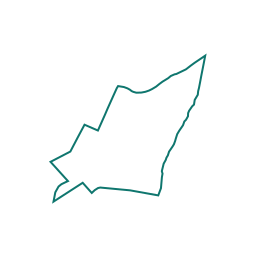 the district of São Pedro do Paraná, Paraná, Brazil, rotated 25°
{"feature_id": "56859067B21029400594343", "entity_name": "São Pedro do Paraná", "entity_type": "district", "adm_level": 2, "iso_a3": "BRA", "parent_name": "Brazil", "parent_adm1": "Paraná", "projection": "equal_earth", "projection_center": [-53.17, -22.776], "detail": "fine", "context": "isolated", "style": "outline", "palette": "teal", "viewbox_px": 256, "rotation_deg": 25, "n_neighbors": 0, "source": "geoboundaries", "source_scale": "gbopen_adm2", "svg_char_len": 1052}
<svg xmlns="http://www.w3.org/2000/svg" viewBox="0 0 256 256"><g transform="rotate(25 128 128)"><path d="M183.9,176.3L183.3,168.6L179.5,158.2L178.6,154.8L176.9,152.8L175.4,145.2L175.7,141.1L175.4,138.6L175.7,136.0L175.2,132.1L176.2,126.0L176.5,123.4L176.2,119.8L175.8,117.4L175.2,112.7L175.6,108.8L176.7,102.2L176.3,98.3L177.1,96.0L177.4,92.0L176.2,89.1L176.1,86.6L177.0,81.2L177.9,78.9L176.6,74.3L177.2,68.4L176.0,64.9L175.4,61.7L173.9,55.7L172.4,49.9L169.0,36.1L167.4,29.8L160.8,40.8L158.6,44.8L155.7,50.4L150.8,56.4L149.0,58.6L147.5,59.7L144.8,62.8L143.4,65.8L139.7,71.4L137.8,74.9L136.0,78.6L133.3,82.6L131.2,85.2L128.5,87.8L125.2,90.2L120.6,92.5L117.5,93.0L115.7,93.0L113.6,92.5L110.8,92.3L107.0,92.6L101.3,94.2L101.0,96.6L101.1,105.3L101.2,112.1L101.3,119.2L101.5,125.4L101.8,143.0L87.2,143.4L86.4,158.4L86.1,165.0L85.7,173.7L72.1,191.4L96.0,201.5L94.0,203.9L91.4,207.1L89.8,210.4L89.3,217.0L91.6,226.2L110.1,196.8L122.6,202.2L124.1,198.4L126.2,195.1L128.0,193.7L156.3,183.6L183.9,176.3Z" fill="none" stroke="#0f766e" stroke-width="2"/></g></svg>